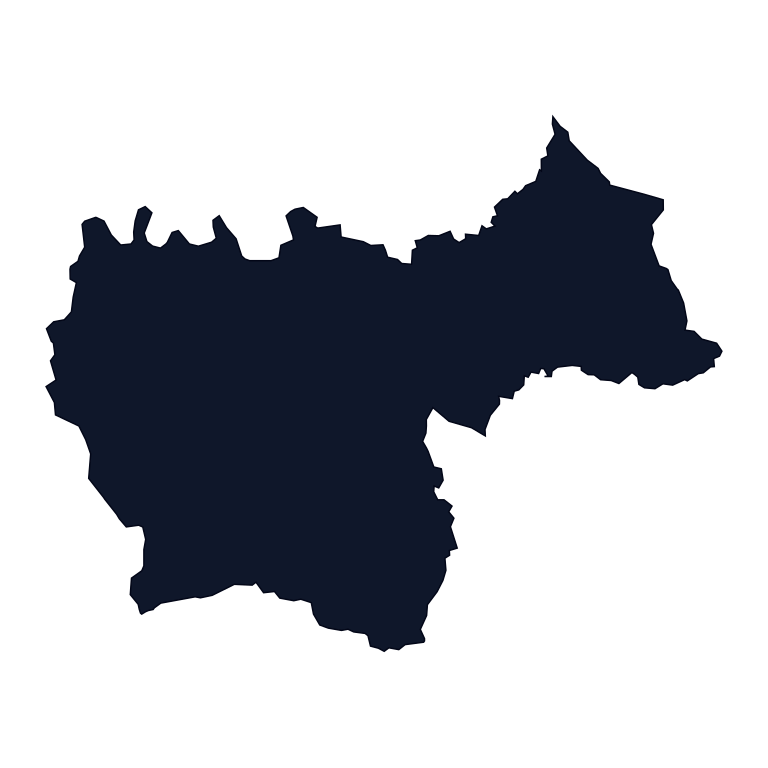 Cayey, Puerto Rico (Albers equal-area conic projection)
{"feature_id": "32010507B18263027351843", "entity_name": "Cayey", "entity_type": "district", "adm_level": 2, "iso_a3": "PRI", "parent_name": "Puerto Rico", "parent_adm1": "", "projection": "albers", "projection_center": [-66.141, 18.103], "detail": "fine", "context": "isolated", "style": "filled", "palette": "ink", "viewbox_px": 768, "rotation_deg": 0, "n_neighbors": 0, "source": "geoboundaries", "source_scale": "gbopen_adm2", "svg_char_len": 3368}
<svg xmlns="http://www.w3.org/2000/svg" viewBox="0 0 768 768"><path d="M552.9,116.7L552.4,124.1L555.1,134.3L546.7,148.0L547.9,155.9L541.3,159.2L541.4,171.0L539.6,169.8L535.8,181.4L525.6,185.7L523.0,189.4L517.4,193.8L514.9,191.3L507.7,198.8L502.7,199.3L494.5,207.1L497.5,215.8L492.9,216.8L491.2,222.3L495.0,226.1L486.3,228.9L482.0,225.8L478.7,235.5L465.5,234.2L465.7,238.6L464.6,239.4L459.1,242.6L453.6,239.0L450.1,231.3L438.8,235.8L428.3,235.5L420.3,240.0L415.3,240.7L417.3,247.8L412.4,250.2L411.6,264.3L401.7,263.5L397.5,259.5L387.6,257.2L385.4,250.2L383.0,244.8L370.8,245.5L363.3,241.7L341.1,237.0L340.1,224.9L317.7,228.1L315.0,226.4L317.1,217.3L303.3,207.5L295.0,209.2L290.6,211.6L286.1,215.9L292.9,236.0L293.5,239.9L280.9,245.3L279.0,257.8L271.0,260.7L270.3,260.7L249.7,260.7L245.0,259.0L241.7,256.0L236.1,238.8L226.5,227.7L219.2,215.7L213.0,220.3L213.3,227.1L216.3,238.2L211.6,242.2L198.4,246.2L189.4,244.0L178.3,230.6L172.1,232.5L167.3,242.4L165.9,244.0L160.5,248.1L152.6,246.1L146.9,241.6L144.2,233.0L151.9,212.8L145.2,206.6L138.5,209.8L135.2,220.9L133.7,232.0L134.1,239.9L131.0,244.0L120.7,245.0L111.3,235.0L104.0,221.1L96.3,217.5L95.6,217.4L84.7,221.2L82.1,224.4L84.7,247.2L79.5,256.0L78.0,261.3L70.6,266.5L70.0,269.2L70.2,279.0L76.4,282.6L73.2,297.1L71.4,311.9L64.3,319.8L53.7,321.8L46.5,328.7L51.3,341.2L53.4,343.0L54.9,354.7L50.5,360.8L56.1,380.0L46.1,386.6L54.4,402.5L55.5,414.9L78.9,426.0L85.7,439.6L90.7,453.9L88.7,478.4L103.6,497.4L104.7,499.1L116.7,514.3L119.3,518.7L126.3,526.9L138.7,525.2L142.8,527.0L145.7,539.4L143.9,549.5L143.9,565.8L141.8,570.8L131.5,578.1L130.3,594.6L138.2,604.3L139.3,609.4L140.5,613.1L141.7,614.1L145.6,611.7L148.4,610.5L153.1,609.5L154.0,608.3L154.2,607.9L160.8,603.1L195.2,596.8L200.4,597.8L212.2,595.3L234.3,584.3L252.2,585.1L256.0,582.2L263.6,592.7L274.5,591.5L279.8,598.1L293.8,600.7L300.8,599.2L311.3,602.6L313.5,614.1L319.8,625.0L328.3,628.1L341.5,630.4L348.0,629.2L353.7,631.9L365.1,633.4L368.0,635.7L370.5,646.1L378.4,648.2L384.2,651.3L388.9,647.8L398.8,649.6L405.1,644.6L423.6,642.2L424.5,640.9L424.5,638.6L420.3,629.4L426.6,615.5L427.4,604.7L437.1,591.7L442.9,580.4L445.9,570.3L444.9,558.2L449.6,555.2L449.3,550.5L457.2,548.1L450.4,526.7L453.9,518.2L448.7,511.8L452.0,506.1L444.0,499.8L437.7,499.8L433.7,491.8L434.1,486.0L438.7,487.9L443.1,480.2L441.3,468.8L433.8,467.0L428.1,451.4L426.5,448.1L422.6,441.4L425.9,433.1L426.4,425.9L426.3,419.5L432.9,407.6L449.1,421.3L471.5,427.7L485.3,435.9L485.0,429.5L490.3,415.3L499.4,404.1L499.5,400.4L498.6,396.3L512.4,398.6L514.2,391.2L518.8,389.9L523.7,384.9L524.3,375.8L528.2,377.2L531.0,372.1L538.6,373.5L540.7,368.5L543.9,368.7L548.2,376.1L544.5,376.5L551.3,376.5L552.0,371.2L557.5,367.1L572.2,365.4L581.2,366.4L581.4,370.2L588.1,374.6L594.2,374.8L600.6,379.7L611.2,380.5L618.9,383.5L631.9,372.5L634.5,374.3L637.8,377.1L638.9,384.4L644.5,387.8L655.0,388.7L662.9,383.8L672.7,385.1L684.7,379.6L687.3,380.9L698.3,373.6L703.3,372.8L710.5,366.9L714.3,366.6L713.6,358.6L719.5,356.1L721.9,351.2L716.6,343.2L701.8,339.1L694.1,331.4L685.0,330.1L686.9,320.9L683.6,303.0L678.3,290.1L677.1,289.0L671.2,280.6L667.9,269.6L666.3,268.5L659.1,265.9L651.0,244.3L653.5,233.3L651.4,224.6L663.3,209.9L663.2,199.8L644.2,194.3L609.7,185.1L609.3,181.9L600.6,173.4L598.1,168.4L587.3,160.2L569.2,140.8L567.8,132.2L560.1,126.3L552.9,116.7Z" fill="#0f172a" stroke="#020617" stroke-width="1.5"/></svg>